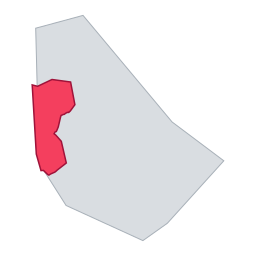 Saint James on a map of Barbados (Mercator projection)
{"feature_id": "BRB-1992", "entity_name": "Saint James", "entity_type": "Parish", "adm_level": 1, "iso_a3": "BRB", "parent_name": "Barbados", "parent_adm1": "", "projection": "mercator", "projection_center": [-59.619, 13.191], "detail": "fine", "context": "in_parent", "style": "filled", "palette": "rose", "viewbox_px": 256, "rotation_deg": 0, "n_neighbors": 0, "source": "natural_earth", "source_scale": "10m", "svg_char_len": 864}
<svg xmlns="http://www.w3.org/2000/svg" viewBox="0 0 256 256"><path d="M167.4,223.2L142.9,240.6L66.1,205.5L39.1,163.0L35.7,28.2L83.0,15.4L172.1,122.0L223.8,160.8L167.4,223.2Z" fill="#d9dde1" stroke="#a8b0b8" stroke-width="1"/><path d="M41.0,170.6L36.3,154.1L32.2,84.9L37.6,86.3L52.0,79.5L70.6,82.0L74.9,104.7L70.3,111.0L69.0,112.2L68.9,112.1L68.7,112.1L68.5,112.3L68.2,112.5L67.8,112.5L67.7,112.5L67.5,112.4L67.2,112.4L67.0,112.5L66.8,112.6L66.2,113.0L65.8,113.2L65.6,113.3L64.6,114.1L64.3,114.3L64.1,114.4L63.9,114.4L63.4,114.4L63.1,114.5L62.7,114.8L61.1,115.4L60.6,116.9L58.3,126.8L57.1,129.8L56.3,131.5L55.4,131.8L55.1,132.0L54.8,132.3L54.5,133.1L54.3,133.6L54.1,133.8L54.5,134.2L55.6,134.9L61.3,141.3L66.3,163.0L57.2,170.1L56.4,170.9L54.9,172.1L50.6,174.0L48.9,175.1L47.8,174.6L43.4,170.4L41.0,170.6Z" fill="#f43f5e" stroke="#9f1239" stroke-width="1.5"/></svg>